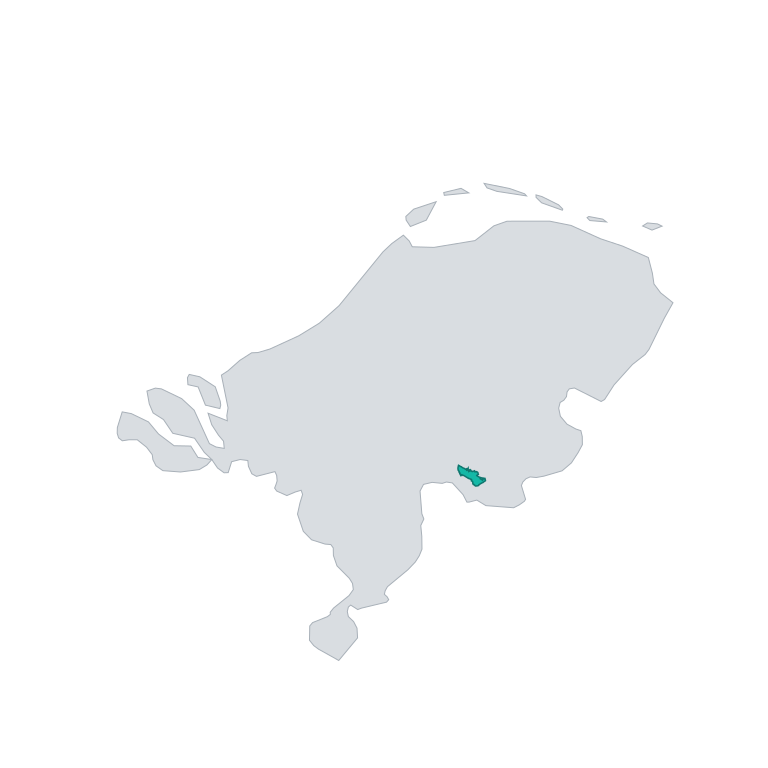 location of Doetinchem, Gelderland, Netherlands, rotated 27°
{"feature_id": "6326949B3071243252174", "entity_name": "Doetinchem", "entity_type": "district", "adm_level": 2, "iso_a3": "NLD", "parent_name": "Netherlands", "parent_adm1": "Gelderland", "projection": "albers", "projection_center": [6.278, 51.959], "detail": "fine", "context": "in_parent", "style": "filled", "palette": "teal", "viewbox_px": 768, "rotation_deg": 27, "n_neighbors": 0, "source": "geoboundaries", "source_scale": "gbopen_adm2", "svg_char_len": 6504}
<svg xmlns="http://www.w3.org/2000/svg" viewBox="0 0 768 768"><g transform="rotate(27 384 384)"><path d="M469.2,650.9L457.3,650.4L446.1,650.0L440.2,649.0L434.0,646.2L433.9,646.1L431.1,640.3L427.7,633.3L428.7,629.0L439.2,617.0L440.8,613.6L439.7,611.8L440.8,606.5L448.9,588.4L450.0,581.1L446.5,576.0L441.4,572.9L424.7,567.4L416.8,559.8L413.2,553.1L409.5,551.2L404.1,553.4L390.2,555.7L379.0,551.9L366.0,539.2L363.1,528.0L361.6,519.3L358.4,516.3L353.9,520.6L348.1,527.5L337.0,528.1L333.8,526.4L333.4,522.6L332.8,518.9L329.9,514.2L326.6,511.6L312.3,524.2L307.0,524.0L300.6,518.9L297.4,514.0L290.1,516.6L283.5,522.4L285.4,533.7L281.8,535.7L273.8,534.4L264.9,529.5L254.9,526.5L239.8,518.3L218.2,523.8L203.7,515.8L191.4,514.6L183.9,508.3L176.0,497.9L182.1,491.5L187.9,489.4L210.4,488.9L226.7,493.5L255.5,516.4L262.9,516.4L270.9,513.9L267.0,507.8L259.7,504.7L249.0,498.5L240.5,489.9L261.1,487.9L258.3,483.5L255.9,476.1L235.1,449.9L239.0,443.1L244.8,428.4L251.9,416.3L257.4,413.2L266.4,404.7L286.2,379.7L298.8,359.1L308.4,334.6L323.1,266.7L327.2,255.3L333.7,242.6L341.5,245.1L346.9,248.9L366.5,239.6L400.0,214.9L410.1,193.2L419.7,183.1L457.7,163.7L478.7,157.8L510.9,156.3L534.1,152.8L562.1,151.3L572.8,163.4L579.1,172.3L589.1,177.2L604.6,180.4L603.9,198.0L604.4,232.9L603.3,239.1L596.5,253.8L589.4,280.3L587.6,297.7L585.4,301.0L555.5,301.1L551.3,304.2L550.7,307.9L552.3,312.4L551.6,316.8L549.3,320.5L550.6,326.2L555.8,332.7L565.3,336.7L575.4,337.0L580.6,336.2L584.5,340.8L588.3,348.0L588.1,357.0L586.8,369.2L582.1,380.5L568.3,393.5L562.1,398.2L556.3,400.5L553.5,404.0L552.2,408.3L552.5,412.1L562.5,422.5L562.3,424.8L559.4,430.3L555.7,435.4L530.0,446.1L519.4,445.3L513.4,450.6L511.5,451.6L504.7,446.7L489.8,441.1L484.1,443.0L481.0,446.1L471.5,449.8L464.8,455.5L464.7,463.0L476.6,482.4L480.8,486.2L481.0,493.4L486.8,502.5L492.8,513.9L493.4,521.1L492.7,528.4L489.6,538.7L479.1,563.0L478.9,567.6L479.8,571.2L483.4,572.2L486.1,574.0L485.3,577.2L465.6,594.0L463.0,596.9L454.7,596.1L453.5,598.9L454.6,603.4L457.8,607.4L464.8,609.5L470.8,613.8L475.7,622.2L469.2,650.9ZM264.9,529.5L263.0,536.5L258.3,544.1L242.6,554.8L226.3,561.6L218.0,560.4L212.5,556.4L209.6,552.2L201.1,548.1L189.4,545.7L181.9,549.6L176.6,553.4L172.0,552.5L168.7,549.1L166.2,543.9L163.4,527.7L172.3,525.1L191.3,524.7L205.8,530.9L225.0,534.3L240.0,527.0L251.5,533.9L264.9,529.5ZM234.9,463.1L245.8,473.6L248.1,476.9L248.9,480.4L234.5,483.9L219.7,471.0L209.6,473.6L206.0,467.6L206.1,463.9L216.6,461.2L234.9,463.1ZM347.3,218.8L336.0,231.7L329.3,227.9L327.4,224.8L331.1,214.7L347.7,197.9L347.3,218.8ZM397.1,161.1L386.8,162.5L382.1,159.8L407.1,152.8L422.9,150.7L425.6,151.7L397.1,161.1ZM464.0,148.2L442.2,151.0L434.8,148.7L433.6,146.5L439.6,145.3L458.2,145.1L463.9,147.0L464.0,148.2ZM372.8,175.2L352.1,188.5L350.3,186.3L363.8,174.7L372.8,175.2ZM552.9,125.2L542.7,125.8L545.6,120.9L555.0,117.2L560.1,117.1L552.9,125.2ZM508.7,138.6L493.2,144.9L489.4,143.6L490.4,141.8L504.0,137.8L508.7,138.6Z" fill="#d9dde1" stroke="#a8b0b8" stroke-width="1"/><path d="M487.3,422.6L487.5,423.5L487.6,423.8L487.7,424.1L487.8,424.5L487.9,424.8L488.0,425.2L488.2,425.6L488.6,426.2L488.7,426.3L488.8,426.6L489.2,426.9L489.3,427.0L489.4,427.3L489.7,427.4L490.0,427.6L490.5,427.7L490.5,427.8L490.7,428.0L490.9,428.1L490.9,428.3L491.0,428.3L491.2,428.5L491.3,428.6L491.5,428.6L491.8,428.7L492.0,428.8L492.0,429.0L492.3,429.1L492.4,429.3L492.3,429.5L492.5,429.6L492.9,430.0L494.2,430.8L494.3,430.6L494.2,430.5L494.0,430.4L493.9,430.3L494.0,430.2L493.9,430.1L494.0,429.9L494.0,429.7L494.3,429.7L494.6,429.5L494.8,429.5L495.0,429.6L495.3,429.6L495.4,429.4L495.5,429.4L495.7,429.5L495.8,429.6L496.1,429.4L496.6,429.3L496.9,429.3L500.2,429.6L500.7,429.6L502.0,429.6L502.0,429.8L502.3,429.8L502.6,429.6L503.6,429.5L504.4,429.4L504.4,429.5L504.9,429.4L505.3,429.4L505.3,429.5L505.3,429.8L505.2,429.8L505.3,429.9L505.4,430.0L505.5,430.1L505.7,430.4L505.9,430.2L506.0,430.2L506.2,430.4L506.4,430.5L506.5,430.6L506.7,430.8L507.0,430.8L507.4,430.9L507.5,430.9L507.6,431.0L507.9,431.6L508.0,431.8L508.1,432.0L508.3,432.2L508.3,432.3L508.5,432.5L508.8,432.8L509.1,432.8L509.2,432.7L509.3,432.7L509.3,432.8L509.4,433.0L509.5,433.0L509.6,432.8L509.9,432.9L510.2,432.9L510.4,432.9L510.5,432.9L510.6,433.0L510.9,433.2L511.1,433.1L511.3,433.2L511.7,433.3L511.9,433.3L512.0,433.3L512.6,432.9L513.5,432.3L513.9,432.0L514.4,431.4L514.4,431.2L514.2,430.8L514.9,429.7L515.5,428.7L516.0,428.0L516.2,427.6L516.4,427.4L516.7,427.1L516.8,427.0L516.9,426.9L517.0,426.7L517.3,425.8L517.5,425.5L517.8,425.1L517.9,424.9L518.0,424.7L518.3,424.1L518.1,423.7L517.0,422.5L516.9,422.5L516.8,422.3L516.4,422.5L516.3,422.8L516.1,422.7L515.9,422.7L515.8,422.8L515.7,422.7L515.6,422.8L515.4,422.7L514.3,423.1L514.6,423.3L514.9,423.4L515.1,423.4L515.2,423.5L515.3,423.8L515.2,423.8L515.3,423.9L515.3,424.0L515.2,424.1L515.3,424.2L515.3,424.3L515.5,424.4L515.4,424.6L515.4,424.9L515.2,424.8L514.9,424.9L514.7,424.9L514.4,424.9L514.2,424.9L513.8,424.8L513.8,424.7L513.7,424.7L513.1,424.7L512.9,424.8L512.6,424.7L512.6,424.4L512.6,424.2L512.8,424.1L513.0,423.9L513.0,423.7L513.1,423.4L511.2,423.7L510.7,423.7L510.0,423.7L509.3,423.7L508.2,423.5L508.2,423.4L508.3,423.3L508.2,423.2L508.4,423.0L508.5,422.9L508.6,422.7L508.7,422.3L508.7,422.2L508.8,422.1L509.1,421.7L508.3,420.9L508.1,420.5L507.6,420.2L507.3,420.1L507.2,420.1L506.5,420.1L506.4,420.1L506.3,420.3L506.1,420.4L505.9,420.3L505.7,420.5L505.4,420.7L504.9,420.9L504.7,421.0L504.4,420.8L504.4,420.7L504.3,420.4L504.1,420.2L502.7,421.8L502.4,421.7L502.2,421.7L502.1,421.8L501.9,422.0L501.7,422.1L501.3,422.0L501.1,421.9L500.9,421.8L500.9,421.7L500.5,421.5L500.5,421.4L500.4,421.3L499.8,421.2L499.8,421.3L499.6,421.4L499.6,421.5L499.4,421.4L499.3,421.5L499.1,422.0L500.2,422.3L500.1,422.5L499.8,422.6L499.7,422.7L499.7,422.9L499.6,423.0L499.4,423.3L499.3,423.5L499.2,423.4L499.0,423.2L498.8,423.2L498.7,423.1L498.6,422.9L498.7,422.7L498.4,422.6L498.2,422.6L497.9,422.5L497.8,422.4L497.7,422.3L497.6,422.2L497.7,421.8L497.6,421.6L497.3,421.1L497.3,421.3L497.4,421.5L497.0,421.4L496.9,421.4L496.5,421.5L496.4,421.6L496.2,421.9L496.5,422.1L496.9,422.4L497.0,422.5L497.3,422.5L497.1,422.9L497.2,423.0L497.0,423.3L496.9,423.4L496.5,423.0L496.4,423.0L495.7,422.8L495.4,422.8L495.2,423.0L494.2,422.7L493.6,422.8L492.6,422.9L492.3,422.9L491.9,422.8L491.7,422.8L491.3,422.8L491.1,422.8L490.5,422.6L490.4,422.6L490.0,422.7L489.4,422.8L489.2,422.8L489.1,422.7L488.1,422.6L487.9,422.6L487.6,422.6L487.4,422.6L487.3,422.6Z" fill="#14b8a6" stroke="#0f766e" stroke-width="1.5"/></g></svg>